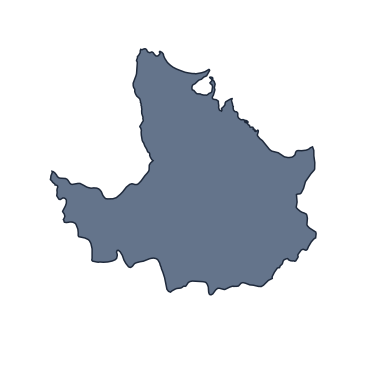 Nacala-A-Velha, Nampula, Mozambique, rotated 303°
{"feature_id": "85939544B78261911608408", "entity_name": "Nacala-A-Velha", "entity_type": "district", "adm_level": 2, "iso_a3": "MOZ", "parent_name": "Mozambique", "parent_adm1": "Nampula", "projection": "mercator", "projection_center": [40.472, -14.556], "detail": "fine", "context": "isolated", "style": "filled", "palette": "slate", "viewbox_px": 384, "rotation_deg": 303, "n_neighbors": 0, "source": "geoboundaries", "source_scale": "gbopen_adm2", "svg_char_len": 6028}
<svg xmlns="http://www.w3.org/2000/svg" viewBox="0 0 384 384"><g transform="rotate(303 192 192)"><path d="M133.1,63.3L132.2,64.2L128.7,64.9L126.6,66.0L125.5,66.3L125.2,66.7L125.1,67.8L124.3,69.8L123.9,72.8L123.3,73.3L124.0,74.9L123.8,76.0L122.9,76.8L121.7,77.0L120.0,77.7L118.1,79.2L115.2,80.6L114.9,81.2L113.6,84.0L113.5,84.6L114.0,85.7L116.5,86.8L117.1,87.6L117.4,88.4L117.4,89.6L116.8,91.0L114.2,92.7L111.5,93.4L105.3,94.0L104.9,94.6L104.0,96.8L102.4,98.6L100.3,99.1L98.8,99.1L98.4,100.0L97.3,101.1L97.2,101.5L97.9,103.2L99.4,105.0L100.2,105.7L101.5,107.8L101.9,109.1L102.1,111.1L101.7,112.3L98.7,116.5L96.1,118.6L93.6,120.2L93.0,121.0L92.9,121.5L95.1,127.2L95.6,130.9L95.3,132.5L93.8,135.2L89.9,139.2L82.0,144.3L80.4,145.0L80.1,145.5L79.9,146.3L81.3,150.0L82.1,151.7L83.1,152.8L84.8,155.9L87.5,159.5L90.6,162.6L91.9,163.5L93.4,164.5L95.3,164.9L98.0,163.9L99.0,163.2L100.5,161.4L102.3,161.1L103.0,162.0L102.7,164.4L100.9,168.1L97.8,172.1L96.1,175.4L94.7,179.5L94.9,180.7L95.3,181.6L96.5,182.2L97.4,182.5L100.2,182.7L101.3,183.1L102.8,184.2L105.3,186.5L107.5,188.9L113.0,192.8L114.3,194.1L115.7,195.8L116.6,198.2L116.6,199.9L116.3,200.8L114.9,203.5L113.3,205.3L111.7,207.6L111.2,207.9L108.9,211.2L105.2,215.7L96.8,223.9L95.9,226.4L96.3,228.5L98.3,229.1L101.6,230.9L102.8,231.8L105.2,234.7L106.1,235.4L108.0,236.1L108.6,236.5L109.2,237.7L109.9,238.1L114.1,238.2L115.8,239.1L117.5,240.8L122.7,249.9L123.5,251.8L123.7,253.0L122.9,255.1L121.2,257.4L117.1,260.5L115.9,261.9L115.7,263.1L116.2,264.0L117.8,264.9L122.8,265.2L125.2,266.0L126.2,267.4L127.8,272.2L128.4,272.8L132.7,275.4L134.6,276.9L135.4,277.7L135.4,278.1L137.2,280.8L138.5,282.2L142.2,282.8L143.3,283.6L143.8,284.2L144.6,286.4L145.6,291.1L147.2,294.1L149.1,299.4L150.5,301.6L152.7,302.7L159.5,304.2L163.2,306.4L163.9,305.8L165.0,305.3L169.6,304.8L174.7,305.0L175.9,306.0L175.9,306.3L176.2,306.6L178.1,306.2L180.3,306.8L181.2,306.8L183.9,306.0L185.4,306.2L187.1,307.3L188.2,308.4L188.1,309.2L187.7,309.8L188.0,312.0L188.8,313.7L189.6,314.7L189.9,315.9L190.7,316.5L194.6,316.5L195.5,316.3L196.4,315.3L197.3,314.9L202.8,315.2L204.1,316.0L204.6,316.6L205.0,318.7L205.2,319.2L205.8,319.7L207.0,319.9L209.7,319.4L215.0,319.2L218.6,319.7L220.1,320.2L220.8,320.7L224.6,318.8L225.8,317.6L225.8,310.0L226.4,307.5L227.1,306.2L232.8,303.1L234.9,301.1L235.7,300.0L235.5,297.6L234.9,295.3L234.8,293.3L235.2,289.9L235.7,288.1L236.2,287.6L240.8,285.6L246.7,281.0L247.5,281.4L249.3,283.6L250.6,284.1L255.7,283.6L262.5,281.5L272.1,281.8L276.8,282.5L278.0,282.4L283.5,279.0L288.7,274.5L293.2,271.5L295.5,268.5L293.4,267.1L292.4,266.9L291.1,266.3L289.2,264.9L286.3,261.4L284.6,258.5L283.9,257.7L283.0,257.3L281.7,257.3L279.3,258.1L277.0,257.6L275.6,256.8L273.9,254.8L273.1,253.6L271.8,250.3L271.9,243.0L269.7,236.5L269.9,233.8L273.4,223.1L273.7,219.8L274.7,216.6L275.4,215.7L278.5,214.8L279.4,214.3L279.7,213.9L279.7,213.5L279.4,213.3L277.5,212.6L277.3,211.6L277.5,211.4L278.2,211.4L278.4,211.1L277.8,209.5L278.0,209.1L278.9,209.2L279.0,208.4L279.4,207.8L279.0,206.8L278.3,206.1L278.1,205.2L279.2,203.9L279.0,202.9L279.6,201.3L279.8,199.9L279.3,198.7L279.9,197.7L280.2,197.4L280.5,197.6L280.7,198.2L280.5,199.6L280.7,200.3L280.3,200.8L280.5,201.0L281.0,201.0L281.3,200.8L281.6,199.4L281.4,198.3L280.9,197.4L280.7,195.9L280.5,195.3L279.7,194.5L279.2,193.4L279.4,190.8L280.4,189.1L282.5,187.9L283.3,187.0L283.5,185.7L282.8,184.1L283.3,182.2L285.0,180.6L286.3,180.0L286.5,179.1L287.8,178.1L290.0,175.5L290.9,174.9L292.0,175.0L292.2,174.8L291.6,174.1L289.9,173.1L286.1,171.2L284.8,171.3L283.1,172.1L282.5,172.2L280.4,171.9L278.3,171.3L277.9,171.4L277.1,172.5L275.9,172.7L275.9,171.7L275.6,171.1L275.7,170.3L277.1,168.5L278.0,167.9L278.7,167.7L281.3,165.4L282.2,164.9L282.6,164.3L282.6,162.0L281.4,159.4L281.7,158.1L282.1,157.7L282.9,157.3L284.9,157.2L289.5,155.8L290.4,155.4L291.5,154.0L295.1,152.6L296.9,150.2L297.2,148.5L298.9,147.3L299.1,146.6L298.6,145.1L297.9,144.4L297.6,144.5L297.4,146.3L296.9,147.6L296.2,148.0L293.3,147.6L292.9,148.4L292.8,150.3L291.5,151.9L287.3,153.8L286.7,154.0L285.3,153.6L284.0,152.6L282.5,152.2L281.1,151.5L280.5,150.2L279.8,149.3L278.8,146.6L278.8,145.6L277.1,142.7L277.2,141.5L278.2,138.1L277.8,136.7L278.5,135.8L280.1,134.7L281.7,134.3L282.4,134.4L284.6,135.6L288.5,136.5L289.9,137.0L291.7,138.5L294.8,139.3L297.4,141.0L303.5,140.6L304.1,139.9L304.0,139.4L300.0,137.4L297.2,135.1L293.1,130.7L292.8,129.8L291.4,127.5L289.6,123.4L288.6,120.8L287.4,115.4L286.7,111.9L286.3,108.1L286.5,104.9L287.0,101.9L287.4,100.4L289.2,96.4L290.8,94.0L291.8,93.1L292.2,92.5L292.7,90.7L292.5,88.5L292.0,88.3L291.6,88.5L291.0,89.6L290.5,89.8L288.2,89.5L287.5,89.2L286.9,88.6L286.5,87.8L286.6,87.0L286.9,85.5L287.7,83.6L287.7,82.4L287.4,81.8L286.1,81.0L285.8,80.6L285.4,78.9L285.8,77.7L286.7,76.2L286.7,74.9L286.0,73.9L284.0,72.5L283.7,71.3L282.4,71.6L280.7,72.6L280.1,72.7L277.7,72.8L275.8,72.5L274.8,73.2L272.5,73.7L271.8,74.0L271.6,74.8L270.5,75.8L261.1,81.0L259.4,81.6L251.2,83.4L249.1,84.8L247.8,86.2L247.2,87.7L246.5,88.4L245.0,89.3L243.6,91.1L242.4,93.3L241.8,97.1L241.5,97.7L239.9,99.5L239.0,100.0L238.5,101.1L236.9,102.1L236.2,103.2L235.7,103.4L233.9,105.0L232.7,105.5L230.4,107.2L228.1,110.1L226.8,110.8L225.4,112.2L224.7,112.4L223.0,112.3L221.1,112.5L218.6,112.5L218.1,113.1L217.7,114.2L216.1,116.0L214.6,116.7L212.1,118.5L208.2,122.1L207.3,123.4L207.0,124.5L204.9,127.3L203.2,130.7L201.6,132.9L201.5,135.1L200.7,136.0L199.7,136.5L198.4,138.3L197.2,140.8L197.1,142.3L193.6,141.4L191.3,141.5L187.3,143.9L186.1,144.3L183.7,144.2L179.9,143.6L173.7,143.3L169.9,142.6L168.4,141.9L167.2,140.1L166.5,137.8L166.0,136.9L164.4,135.6L160.4,134.3L154.4,133.8L150.8,133.1L146.0,131.6L143.2,129.3L140.2,124.9L139.4,123.2L139.7,121.5L140.6,119.1L142.8,115.9L143.5,114.1L143.8,112.1L143.4,110.0L141.9,107.3L140.2,105.3L139.2,102.5L138.8,100.9L138.6,97.3L138.2,93.4L137.2,91.8L133.1,87.4L132.7,86.5L132.8,84.9L134.2,81.8L134.6,80.2L134.4,78.5L131.8,73.9L131.4,72.7L131.6,70.7L132.4,69.3L133.3,66.7L133.5,64.5L133.1,63.3Z" fill="#64748b" stroke="#1e293b" stroke-width="1.5"/></g></svg>